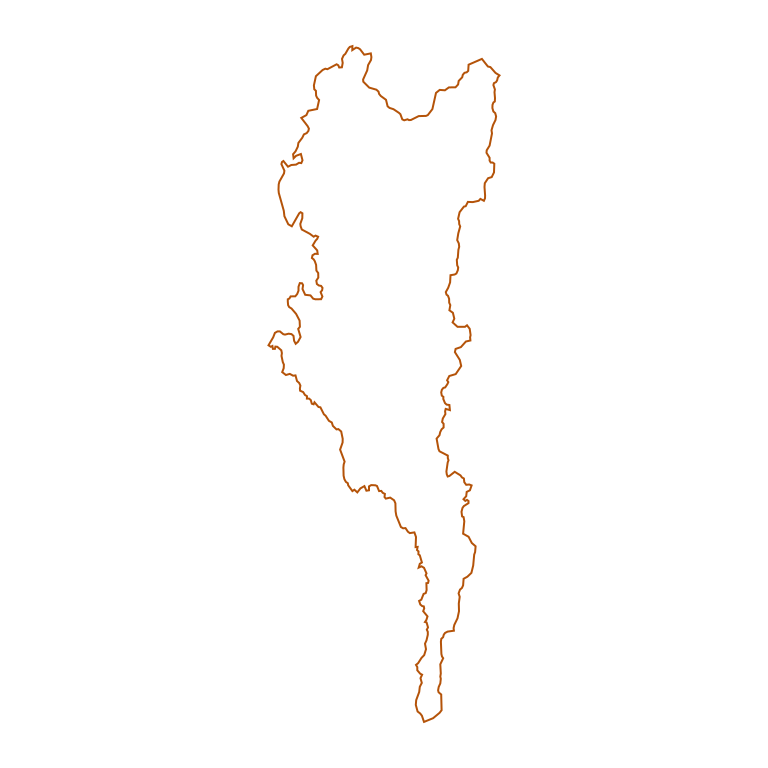 Jaú do Tocantins, Tocantins, Brazil (Equal Earth projection)
{"feature_id": "56859067B80023997915939", "entity_name": "Jaú do Tocantins", "entity_type": "district", "adm_level": 2, "iso_a3": "BRA", "parent_name": "Brazil", "parent_adm1": "Tocantins", "projection": "equal_earth", "projection_center": [-48.634, -12.857], "detail": "fine", "context": "isolated", "style": "outline", "palette": "amber", "viewbox_px": 768, "rotation_deg": 0, "n_neighbors": 0, "source": "geoboundaries", "source_scale": "gbopen_adm2", "svg_char_len": 6062}
<svg xmlns="http://www.w3.org/2000/svg" viewBox="0 0 768 768"><path d="M356.1,47.6L352.3,50.1L352.4,46.1L349.8,46.9L348.4,48.5L345.3,53.9L343.6,55.4L342.0,58.9L342.7,62.9L341.9,67.3L339.2,67.5L338.3,65.3L336.6,64.3L327.4,69.2L325.3,68.7L322.6,70.0L315.9,76.2L313.9,85.4L314.3,89.3L315.9,90.8L316.1,95.6L317.1,97.8L319.1,100.0L317.1,109.0L308.3,110.8L306.4,115.1L301.3,117.9L307.6,126.1L308.9,128.6L308.4,130.9L306.7,133.1L303.9,134.4L302.3,137.7L298.4,142.9L297.8,146.7L295.5,151.4L293.1,154.2L293.6,158.3L296.1,155.8L300.9,154.0L302.5,160.3L301.3,163.1L299.0,162.8L296.1,164.6L291.3,165.0L288.0,166.7L283.4,161.0L282.0,162.0L281.4,164.1L284.4,170.7L284.0,173.4L279.4,181.6L278.7,184.4L278.5,189.7L278.8,193.0L283.8,210.8L284.4,216.2L288.3,224.3L291.8,226.3L299.2,213.3L300.6,212.2L302.4,213.3L302.3,218.2L300.3,223.9L300.6,226.2L301.8,229.5L309.8,233.8L313.7,236.7L315.5,235.6L318.1,236.7L317.2,238.9L315.6,240.6L312.7,245.4L317.2,250.4L317.7,253.9L314.9,253.8L312.5,255.3L311.9,258.0L313.7,259.4L314.8,261.2L316.1,264.9L316.4,270.6L318.2,273.0L318.3,277.6L316.3,280.7L316.9,284.0L318.9,285.5L321.1,285.9L322.5,287.9L322.1,290.3L320.6,292.1L322.4,296.5L321.1,299.2L315.5,299.3L313.2,298.7L310.5,295.4L305.2,294.8L302.5,289.0L303.1,285.1L302.1,283.3L299.8,283.1L298.5,286.8L298.5,290.7L297.2,294.0L295.3,296.3L290.6,296.4L289.4,298.5L287.8,299.3L287.8,301.6L288.1,305.1L289.2,307.1L291.5,308.5L296.1,313.9L299.6,320.6L299.9,326.8L298.2,328.9L300.6,337.0L298.0,341.8L295.7,343.8L294.1,340.8L293.5,335.9L291.5,334.1L288.6,333.7L285.0,334.6L283.3,334.2L279.9,331.4L277.5,331.4L274.9,332.9L273.2,337.3L268.5,345.3L270.8,346.8L272.4,346.0L272.9,348.9L274.9,348.9L275.4,346.6L277.3,346.8L281.3,350.3L281.9,353.1L281.5,355.9L282.8,362.1L283.9,364.6L283.7,368.2L282.2,372.1L285.9,375.0L289.8,373.9L293.1,375.7L295.5,375.4L297.0,381.0L299.2,383.0L300.4,385.6L299.9,388.4L300.1,390.7L303.2,392.1L304.9,394.9L307.0,396.2L306.9,398.6L309.1,398.6L310.8,400.1L311.8,403.7L313.6,404.3L314.5,402.3L318.5,407.0L320.4,407.3L323.9,414.3L325.6,415.7L328.9,420.8L331.8,422.5L332.9,425.9L336.5,429.4L338.4,429.1L341.2,431.5L342.7,438.8L342.6,442.5L340.1,449.6L344.6,461.6L343.7,464.4L343.4,467.6L343.6,475.7L344.4,479.2L345.9,481.9L347.8,483.2L348.2,485.3L352.4,491.1L354.4,489.7L357.3,492.4L360.4,488.4L364.4,486.1L366.4,490.7L369.0,490.3L369.0,486.4L371.2,485.1L375.4,485.3L377.0,486.0L379.1,491.1L381.3,490.9L382.7,492.8L384.9,493.9L384.5,497.0L385.8,498.6L390.2,497.6L394.1,500.3L395.4,503.3L395.6,511.4L396.3,515.6L400.9,527.0L403.1,528.3L405.5,528.1L407.9,531.7L409.8,533.1L414.4,532.4L416.0,537.0L415.6,547.1L417.6,546.9L417.0,550.0L418.5,551.4L418.4,554.3L419.8,555.3L421.9,562.5L419.8,563.8L418.7,567.6L421.5,566.3L424.0,567.8L426.5,573.4L425.6,575.2L428.6,580.7L428.1,582.9L426.4,583.2L426.6,590.1L425.7,593.1L423.6,593.9L421.3,599.7L419.1,600.9L420.3,604.5L422.2,606.1L423.8,606.4L424.2,608.4L423.2,611.2L427.5,616.4L426.4,619.9L425.0,622.0L426.6,622.5L428.0,627.4L426.8,629.7L427.8,631.8L427.8,634.8L426.5,640.3L425.0,643.7L426.0,649.2L424.2,655.1L421.5,657.9L418.1,663.2L416.0,664.9L417.3,667.1L417.3,670.3L420.2,673.7L422.1,674.7L420.5,678.2L421.8,682.9L419.8,686.8L419.2,692.0L416.2,700.1L415.8,704.9L417.6,711.5L420.2,713.5L421.9,715.7L424.0,721.9L433.1,718.2L439.6,712.8L441.6,710.2L441.2,694.5L438.6,692.3L438.1,690.3L438.7,687.0L440.3,683.4L440.8,678.8L440.3,676.6L440.8,673.5L440.3,664.3L443.2,658.2L442.0,656.5L441.4,654.0L440.9,641.7L441.3,638.8L443.1,637.2L443.8,634.6L445.1,632.9L447.6,631.6L453.9,630.7L453.6,628.1L454.3,624.9L457.5,618.3L459.0,611.2L458.8,603.5L459.7,596.8L458.6,593.4L460.0,589.6L461.9,588.0L463.1,585.4L463.6,578.8L467.4,576.7L471.4,572.9L473.2,565.5L474.2,554.6L475.1,552.1L475.6,546.3L471.8,543.0L468.6,536.8L463.1,533.7L464.3,521.3L463.6,517.1L462.1,516.4L461.5,511.8L462.5,507.9L463.8,506.1L468.5,503.1L468.5,501.0L467.0,499.9L465.3,500.9L463.5,499.2L466.2,496.2L466.7,491.9L469.9,490.3L471.6,485.4L469.2,484.5L466.2,484.8L464.3,482.2L463.9,478.5L461.9,477.4L460.5,475.4L454.7,471.8L449.4,476.0L447.7,476.5L446.8,474.4L446.4,471.5L447.7,462.4L448.5,460.3L447.8,458.1L447.8,455.6L439.5,451.3L438.5,449.1L436.6,438.6L439.5,435.2L440.2,432.1L441.6,429.3L443.6,427.5L443.6,423.8L442.1,422.0L442.8,418.5L445.4,414.1L445.1,411.2L445.7,408.9L449.9,410.1L449.4,405.0L446.6,404.6L445.0,403.1L443.3,399.0L443.4,396.9L441.8,395.6L441.2,392.4L441.9,389.7L443.4,387.9L445.2,387.4L447.4,384.1L448.3,382.1L447.1,380.3L449.3,376.0L455.7,374.1L461.2,366.0L459.8,359.9L454.9,352.1L455.6,348.9L460.9,347.1L465.9,341.5L470.4,340.5L470.1,337.3L470.6,335.1L469.7,328.8L467.0,325.3L465.0,326.8L457.5,326.8L452.6,322.4L454.3,318.7L452.9,312.8L449.4,310.3L450.3,305.1L449.2,302.7L449.1,298.8L448.0,295.8L446.5,294.6L445.8,292.1L448.2,287.8L450.1,282.4L450.5,275.2L454.7,274.5L456.4,273.5L457.8,270.3L458.2,267.5L457.2,265.3L456.8,259.8L457.8,257.7L458.4,249.8L459.2,246.8L458.8,243.4L457.2,240.1L458.3,233.3L460.2,226.4L459.2,224.1L459.1,221.1L458.1,218.8L459.6,212.2L463.9,206.6L465.7,206.2L467.9,201.9L472.8,202.1L478.7,200.8L480.4,198.9L483.9,200.8L485.0,198.3L485.1,195.5L484.5,187.0L484.8,183.2L488.1,178.2L491.7,177.1L494.0,172.4L494.3,163.7L492.6,162.5L490.7,162.5L489.6,160.6L489.6,157.8L486.5,152.8L486.7,150.3L489.6,145.6L492.0,133.4L491.5,130.3L493.0,125.1L495.5,120.0L496.1,116.4L495.2,113.1L493.4,111.5L492.4,108.1L492.5,104.9L493.4,102.5L494.8,101.5L495.0,98.2L494.5,92.2L494.9,89.4L493.4,85.1L493.9,83.2L496.0,82.1L497.1,80.4L497.8,77.5L499.5,75.4L495.5,72.9L490.4,67.1L487.9,66.5L481.9,58.9L468.6,64.7L468.2,70.9L466.7,72.3L464.5,72.8L462.8,74.8L462.2,77.3L458.7,80.9L458.1,84.5L455.5,87.3L448.9,87.4L444.9,90.3L439.7,89.9L436.0,92.9L432.4,109.1L427.8,115.1L426.0,115.9L418.7,116.1L410.9,120.0L409.0,120.1L407.5,119.3L404.2,120.3L402.3,119.4L400.4,114.2L399.0,112.9L393.5,109.2L389.5,107.9L387.6,106.3L386.0,99.8L380.8,96.0L379.1,93.9L378.5,91.6L376.4,89.7L369.2,87.6L363.3,81.7L363.1,79.5L367.2,70.4L368.1,65.1L371.0,60.0L371.4,57.1L370.8,53.4L364.2,54.7L360.1,49.3L358.3,48.1L356.1,47.6Z" fill="none" stroke="#b45309" stroke-width="2"/></svg>